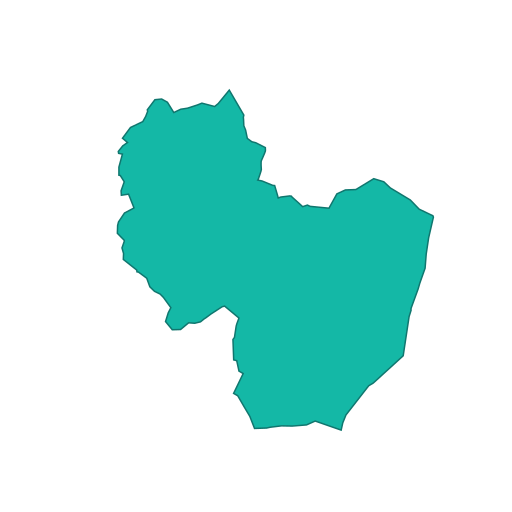 the district of Gboko, Benue, Nigeria, rotated 217°
{"feature_id": "59680162B69095881694103", "entity_name": "Gboko", "entity_type": "district", "adm_level": 2, "iso_a3": "NGA", "parent_name": "Nigeria", "parent_adm1": "Benue", "projection": "robinson", "projection_center": [8.956, 7.369], "detail": "fine", "context": "isolated", "style": "filled", "palette": "teal", "viewbox_px": 512, "rotation_deg": 217, "n_neighbors": 0, "source": "geoboundaries", "source_scale": "gbopen_adm2", "svg_char_len": 1903}
<svg xmlns="http://www.w3.org/2000/svg" viewBox="0 0 512 512"><g transform="rotate(217 256 256)"><path d="M377.2,372.4L377.9,355.0L379.0,350.5L391.2,345.5L393.6,341.5L399.6,332.9L402.5,329.9L404.4,328.0L408.0,321.1L419.3,325.5L425.8,324.6L430.8,320.0L430.8,307.3L429.6,306.4L428.1,301.1L427.3,295.2L433.6,283.1L433.5,269.7L426.9,269.3L428.7,263.8L428.9,256.6L427.5,255.3L424.0,257.0L419.0,244.5L414.1,238.0L412.8,238.6L405.9,236.0L403.0,226.9L400.1,223.5L395.0,228.7L382.4,221.0L382.4,220.8L386.9,211.2L386.3,200.4L384.9,197.1L380.4,190.7L370.6,189.2L370.0,188.3L367.9,181.8L363.3,178.3L359.9,173.4L342.8,173.0L341.5,171.7L340.2,172.4L329.9,172.5L322.2,167.5L315.8,166.7L309.7,167.9L305.0,167.2L292.9,163.5L291.9,157.8L288.8,149.2L278.5,146.7L272.0,151.9L269.6,162.1L264.5,165.4L260.7,170.0L259.5,174.8L258.9,176.3L257.9,179.7L257.1,182.5L252.5,195.1L250.9,197.1L232.4,196.2L232.2,195.9L230.5,190.3L229.7,188.2L224.2,178.0L224.2,175.5L211.3,159.6L208.4,160.8L200.3,153.8L195.5,154.4L191.2,132.8L186.5,133.4L174.4,128.3L164.4,124.2L153.4,117.4L144.0,125.0L141.6,127.8L133.4,135.7L124.7,142.0L114.0,151.5L109.4,159.8L83.2,168.2L86.3,175.0L88.5,183.2L87.9,220.2L85.9,225.1L78.4,264.9L97.3,299.8L99.5,306.0L100.4,307.0L100.9,308.3L106.7,327.3L108.8,332.8L113.6,348.0L121.3,360.1L129.1,374.5L137.7,393.8L138.9,394.6L153.8,391.6L166.5,393.6L189.7,391.2L198.6,392.2L208.5,388.6L216.2,369.2L224.4,362.5L228.8,354.3L226.5,338.1L242.7,328.2L245.6,327.6L248.4,323.5L262.9,324.8L263.7,325.1L265.2,324.3L271.7,318.0L273.2,315.7L275.3,317.4L283.5,323.5L285.1,322.5L296.2,319.6L300.3,317.7L300.5,319.1L302.3,324.5L303.0,326.5L303.8,328.3L306.6,331.6L308.6,334.3L309.1,335.4L309.8,338.4L311.0,343.3L311.4,344.6L311.7,345.5L312.3,346.4L313.8,348.2L324.4,346.3L328.2,344.7L333.7,344.7L340.2,350.4L344.1,352.7L347.9,357.3L349.6,359.2L350.5,361.2L377.2,372.4Z" fill="#14b8a6" stroke="#0f766e" stroke-width="1.5"/></g></svg>